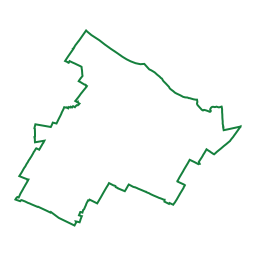 outline of Devesel, Mehedinti, Romania
{"feature_id": "2599482B24769263834247", "entity_name": "Devesel", "entity_type": "district", "adm_level": 2, "iso_a3": "ROU", "parent_name": "Romania", "parent_adm1": "Mehedinti", "projection": "natural_earth1", "projection_center": [22.678, 44.474], "detail": "fine", "context": "isolated", "style": "outline", "palette": "green", "viewbox_px": 256, "rotation_deg": 0, "n_neighbors": 0, "source": "geoboundaries", "source_scale": "gbopen_adm2", "svg_char_len": 5528}
<svg xmlns="http://www.w3.org/2000/svg" viewBox="0 0 256 256"><path d="M74.5,225.5L75.1,224.4L75.2,224.1L76.1,222.6L76.3,222.2L76.2,221.9L75.8,221.7L75.7,221.4L77.2,221.7L79.6,222.3L79.8,221.8L80.3,220.4L80.3,220.0L81.1,218.0L81.6,216.6L81.8,216.2L81.2,216.1L80.6,215.9L80.3,215.7L79.0,215.3L80.3,212.0L80.5,212.0L81.0,212.1L82.4,212.6L82.7,211.5L83.1,210.5L83.1,210.1L83.8,209.5L84.2,209.0L85.2,206.6L85.8,205.4L86.1,204.5L86.4,203.6L88.0,200.5L88.4,200.7L88.7,200.7L88.8,200.6L89.1,200.1L89.5,199.6L91.6,200.6L97.2,203.4L101.1,196.8L103.0,193.4L104.9,190.1L106.3,187.7L108.0,185.0L109.0,183.1L113.7,185.5L114.5,185.6L115.5,186.1L115.6,186.3L115.7,186.6L115.7,186.9L115.7,187.1L116.8,187.7L117.2,187.7L117.7,188.0L117.8,188.3L124.8,191.2L125.7,189.8L127.3,187.0L128.0,185.7L128.8,184.5L133.3,186.9L133.9,187.0L134.3,187.2L135.2,187.3L135.6,187.5L137.5,188.3L138.0,188.6L141.2,189.9L145.2,191.6L145.9,191.7L146.1,191.8L146.2,192.1L146.7,192.3L148.1,192.9L149.0,193.2L150.3,194.0L153.3,195.4L157.8,197.3L158.6,197.7L159.7,198.1L160.5,198.3L160.9,198.5L162.0,198.9L163.0,199.4L163.5,199.5L164.4,199.8L164.6,199.8L164.4,201.6L169.0,203.9L169.5,203.0L172.5,204.4L173.2,204.7L173.7,204.0L174.3,203.1L174.8,202.6L175.7,201.1L176.8,199.4L177.7,197.8L179.6,194.5L179.7,194.4L179.7,194.2L181.5,191.3L183.6,187.8L183.7,187.4L183.7,187.2L184.0,186.8L184.5,186.0L184.9,185.2L183.9,184.5L177.4,181.5L177.3,181.3L177.3,181.2L178.1,180.0L178.7,178.8L179.7,177.0L182.6,172.1L183.1,171.3L183.8,169.9L188.0,162.9L189.7,159.8L194.3,162.0L198.3,164.1L198.6,163.7L199.2,163.9L199.7,163.8L198.8,161.9L202.0,157.0L202.7,155.8L203.3,154.6L204.0,153.6L205.9,150.4L206.5,149.3L208.7,150.8L209.7,151.3L210.2,151.8L213.5,154.0L214.1,154.3L215.3,153.3L216.9,151.8L221.1,148.4L224.0,145.9L226.3,144.1L228.3,142.4L230.1,140.9L230.5,140.2L231.2,139.3L231.4,139.0L233.1,137.0L234.4,135.1L234.8,134.6L235.3,133.9L237.1,131.4L238.1,130.0L239.8,127.6L240.5,126.9L240.6,126.5L240.6,126.4L240.4,126.5L239.9,126.7L228.5,129.2L223.7,130.2L223.2,127.6L223.1,127.1L223.4,127.0L222.7,123.8L222.7,121.3L222.6,120.3L222.5,119.4L222.5,118.8L222.4,118.3L222.3,114.4L222.1,112.3L222.1,109.2L221.9,108.3L221.8,107.5L221.8,107.1L221.6,106.6L219.3,107.3L219.0,107.3L218.5,107.3L216.6,106.7L216.4,106.7L215.4,107.0L214.7,107.1L213.2,106.8L212.9,106.8L212.2,106.9L211.8,107.1L211.4,107.4L211.0,107.8L210.4,108.8L210.2,109.4L210.4,110.1L210.8,110.9L210.7,111.2L210.6,111.4L210.4,111.6L210.2,111.7L210.0,111.8L209.4,111.7L208.1,111.1L205.8,110.3L204.9,110.1L204.1,109.9L203.7,110.0L203.4,110.3L203.1,110.4L202.8,110.4L202.4,110.2L202.1,109.9L201.7,109.7L201.2,109.1L199.9,107.7L197.6,105.1L197.1,104.1L197.0,103.5L197.0,103.1L197.2,102.7L197.3,102.3L197.3,101.9L197.3,101.3L197.0,99.7L195.9,99.7L193.5,99.3L189.5,98.1L188.7,98.1L187.9,97.7L187.3,97.5L185.2,97.4L184.1,97.1L183.0,96.8L181.6,96.0L180.1,95.2L177.1,93.8L175.3,92.9L174.4,92.2L173.3,91.2L172.2,90.4L170.4,89.0L169.9,88.5L169.4,87.8L169.0,86.9L165.8,83.5L163.6,81.3L162.9,80.4L162.3,79.2L161.9,78.6L160.7,77.8L159.7,76.7L157.2,74.7L154.7,72.4L152.9,71.3L151.2,70.3L149.3,69.4L149.0,69.1L144.3,63.9L140.4,64.2L135.6,63.2L130.6,61.3L126.6,59.3L122.5,56.8L116.5,52.6L110.8,48.8L104.8,44.5L99.3,40.2L91.3,35.0L87.0,31.4L86.1,30.5L81.2,37.5L81.0,37.8L78.5,41.3L78.4,41.3L76.0,44.5L75.8,44.6L74.0,47.5L73.8,47.9L73.7,48.0L73.9,48.0L73.7,48.4L68.6,55.7L66.2,59.3L65.1,61.0L67.1,61.9L67.9,62.2L68.0,62.5L68.7,62.8L68.8,62.7L69.1,62.0L69.5,61.3L69.6,61.1L72.5,62.5L75.2,63.7L76.6,64.4L80.4,66.2L81.5,66.8L81.6,67.0L81.7,68.7L82.0,70.3L82.3,74.6L82.5,75.6L82.5,76.0L81.0,77.9L80.8,78.1L79.1,80.5L78.7,81.2L80.6,82.2L82.5,83.4L83.9,84.2L84.4,84.6L84.8,84.7L85.1,84.7L85.5,84.7L85.7,84.8L86.0,85.3L86.0,85.7L86.4,85.9L86.9,86.1L86.6,86.7L86.2,87.1L85.3,88.3L84.2,89.6L81.5,93.0L81.0,93.5L80.8,93.9L80.4,94.4L79.0,96.4L75.9,100.3L75.3,101.0L77.3,102.2L77.8,102.5L78.0,102.1L78.1,102.4L78.2,102.6L78.4,102.8L78.6,103.1L79.5,103.6L79.0,104.2L78.7,104.6L78.3,104.8L77.8,105.3L76.7,105.2L75.4,106.5L74.9,107.2L73.1,106.2L72.6,106.8L72.0,107.5L70.8,106.7L70.1,107.5L69.9,107.4L69.4,107.3L68.9,107.0L68.7,107.2L68.3,107.3L68.2,107.7L67.8,107.6L67.9,107.9L67.9,108.2L66.3,107.5L65.9,107.6L64.9,107.3L64.2,107.2L63.4,109.3L61.6,112.8L61.6,113.1L61.2,114.0L60.5,115.5L60.0,116.5L59.2,118.0L58.5,119.4L56.5,123.5L52.8,122.6L51.8,125.0L50.8,127.0L44.6,125.9L37.1,124.6L35.4,124.3L34.4,128.2L34.4,128.3L34.6,128.4L34.8,128.6L34.8,129.0L34.9,129.7L35.0,133.8L35.0,136.3L34.9,136.8L34.8,137.0L34.5,137.0L34.5,137.4L34.8,137.4L34.9,141.0L35.0,142.3L44.4,140.7L44.3,140.9L43.7,141.9L43.7,142.1L43.4,142.7L43.0,143.1L43.0,143.3L42.5,143.9L42.1,144.6L41.9,145.1L41.5,145.8L41.2,146.1L40.6,147.3L39.2,149.7L36.7,148.5L36.3,148.3L36.1,148.4L34.2,151.5L33.8,151.9L33.3,153.0L32.6,154.3L32.2,154.9L31.8,155.7L31.5,156.2L31.2,156.7L30.1,158.3L30.1,158.5L29.9,158.8L29.4,159.4L28.9,160.1L28.6,160.7L28.4,160.9L27.8,162.2L26.8,163.6L26.3,164.5L25.6,165.8L25.4,166.3L25.2,166.6L24.4,167.6L23.6,168.9L23.1,169.8L22.4,171.1L21.6,172.5L20.0,175.0L19.3,176.1L23.4,177.8L27.1,179.2L27.7,179.4L28.3,179.5L27.6,180.4L27.9,180.6L27.0,182.2L26.8,182.5L26.2,183.6L25.2,185.2L25.1,185.5L23.5,188.2L22.9,189.4L20.3,193.9L20.3,194.0L18.7,197.5L18.0,197.3L17.4,197.0L17.1,197.2L16.6,197.8L16.3,198.0L15.8,198.8L15.4,199.5L16.7,200.0L20.2,201.2L20.8,200.6L21.2,200.1L21.5,200.1L22.1,200.3L25.2,201.5L28.0,202.9L29.5,203.4L31.2,204.2L37.6,206.9L38.0,206.7L43.8,209.4L46.4,210.6L50.5,212.6L50.9,212.0L58.8,217.9L74.5,225.5Z" fill="none" stroke="#15803d" stroke-width="2"/></svg>